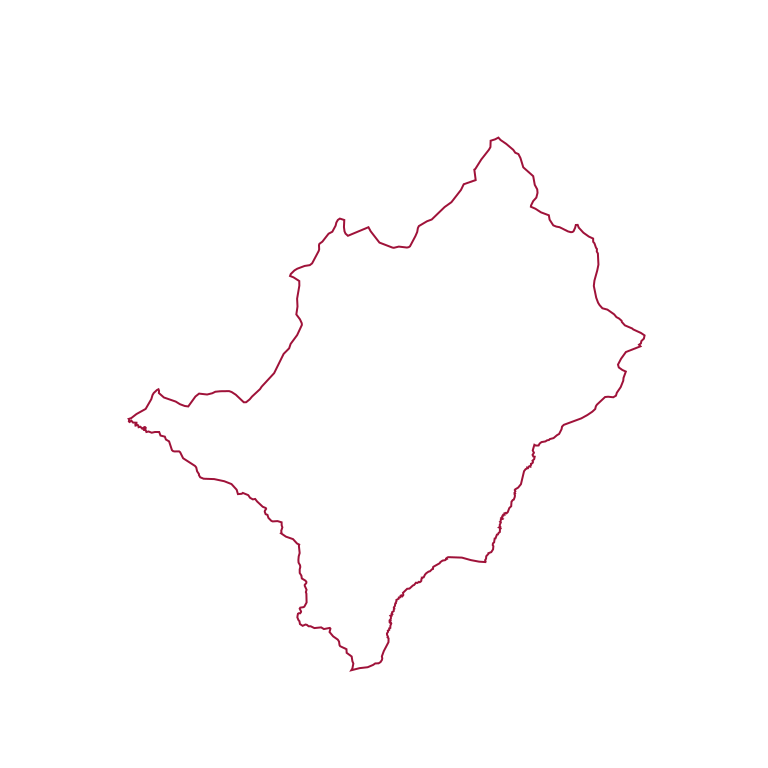 Mpwapwa, Dodoma, United Republic of Tanzania (Albers equal-area conic projection), rotated 26°
{"feature_id": "72390352B74757309381442", "entity_name": "Mpwapwa", "entity_type": "district", "adm_level": 2, "iso_a3": "TZA", "parent_name": "United Republic of Tanzania", "parent_adm1": "Dodoma", "projection": "albers", "projection_center": [36.387, -6.763], "detail": "fine", "context": "isolated", "style": "outline", "palette": "rose", "viewbox_px": 768, "rotation_deg": 26, "n_neighbors": 0, "source": "geoboundaries", "source_scale": "gbopen_adm2", "svg_char_len": 6165}
<svg xmlns="http://www.w3.org/2000/svg" viewBox="0 0 768 768"><g transform="rotate(26 384 384)"><path d="M183.6,487.6L182.6,488.9L181.0,493.0L180.8,495.4L181.5,499.6L180.7,510.9L174.7,519.5L171.8,525.4L169.9,527.3L170.6,527.6L171.1,529.5L172.0,529.7L173.0,527.7L175.3,528.7L178.5,527.3L178.8,527.9L178.3,529.5L178.9,530.3L180.5,528.9L181.2,528.9L182.4,530.4L183.8,529.2L186.1,530.1L187.6,527.7L188.4,527.5L189.1,527.9L187.9,530.3L188.4,530.6L190.0,529.9L191.5,531.3L193.2,529.9L196.6,529.6L199.1,527.6L203.0,525.7L205.7,528.3L210.1,527.4L212.3,529.5L216.0,529.8L222.4,536.4L223.9,536.8L225.4,536.4L229.3,534.4L230.7,534.7L236.0,538.8L250.1,540.5L251.8,541.3L254.3,544.4L257.2,546.1L257.6,547.0L259.7,548.4L263.4,548.2L273.1,543.9L283.1,541.4L290.8,540.8L297.9,543.6L301.0,547.0L304.3,545.0L304.8,543.8L310.7,543.4L313.5,545.0L316.7,545.2L318.6,543.8L321.4,545.2L328.8,547.5L332.1,547.3L332.8,547.9L332.5,550.1L332.8,551.1L334.7,552.9L336.6,552.7L338.8,555.0L342.7,556.4L344.2,556.3L348.4,553.9L352.6,553.2L354.0,555.9L355.5,557.4L356.0,561.0L357.1,562.6L356.8,563.3L362.8,564.2L370.2,563.3L375.8,565.5L378.2,565.5L378.4,566.7L382.3,572.9L382.9,576.3L384.2,579.7L385.5,582.0L388.0,583.7L389.0,585.2L389.5,587.6L391.1,590.8L393.7,592.4L395.4,594.8L399.7,595.2L401.1,596.0L401.4,597.1L400.8,599.2L401.2,600.1L404.6,602.9L405.0,605.3L406.1,606.4L410.2,614.3L410.0,619.0L409.4,619.9L406.8,621.7L406.7,622.9L409.2,624.8L409.4,625.6L409.1,626.9L408.0,627.3L407.4,628.2L407.8,629.8L408.4,631.7L410.5,633.6L412.0,634.3L413.7,636.6L416.9,637.0L418.9,634.6L420.3,634.3L422.4,634.8L424.3,633.9L428.4,633.9L434.2,630.3L437.4,630.6L442.2,627.0L443.1,627.4L443.8,630.8L448.9,633.1L454.5,634.0L456.5,635.2L458.5,638.2L459.6,638.9L466.5,638.8L468.3,642.0L474.4,643.1L477.1,647.0L479.0,648.7L480.3,653.6L480.1,655.6L486.6,650.1L493.5,645.7L497.4,641.2L498.6,639.0L501.6,637.4L502.8,635.4L503.1,632.8L502.7,631.3L501.5,629.8L500.9,624.1L501.2,614.1L499.6,610.6L498.3,610.2L498.3,609.4L496.7,608.1L496.0,606.9L496.3,604.9L495.6,604.0L496.5,602.7L495.8,601.4L496.6,600.5L495.7,598.5L495.5,596.0L495.0,595.6L494.3,596.0L493.7,595.8L493.8,595.0L493.2,594.8L493.5,593.8L492.7,593.7L493.1,592.0L492.2,590.0L491.4,589.5L492.4,588.8L492.0,588.3L492.4,587.5L491.6,587.2L491.8,586.3L491.3,585.6L492.3,583.9L491.5,581.9L491.8,581.4L490.8,580.5L491.1,578.6L490.4,576.8L490.8,575.9L490.3,575.3L490.5,574.1L489.8,572.7L491.3,570.5L490.9,569.4L492.2,568.5L491.7,567.0L492.3,566.3L493.5,566.8L493.9,565.5L493.3,564.1L493.7,563.8L493.1,563.9L492.6,563.4L494.6,557.9L496.6,556.7L498.3,552.4L499.2,551.4L499.8,548.6L501.2,548.2L502.1,546.5L503.0,546.5L503.6,545.5L503.8,544.6L503.1,542.8L503.6,541.4L503.2,541.2L504.4,540.3L504.4,537.4L504.9,535.6L506.3,533.1L507.4,532.2L508.4,529.4L509.1,528.7L508.4,527.1L508.6,526.5L512.6,520.7L512.7,519.5L514.0,517.1L516.2,515.5L516.7,514.4L516.4,513.9L517.1,513.5L516.6,513.1L517.1,512.0L518.0,511.3L530.1,505.9L539.3,504.2L547.3,502.0L553.2,499.6L553.1,498.9L552.1,498.0L552.3,496.3L551.4,494.0L552.3,490.9L552.0,490.3L554.1,488.1L554.5,484.8L553.4,481.8L552.4,481.2L551.9,479.9L551.9,479.0L552.4,478.1L551.2,474.4L551.9,473.9L551.5,469.9L552.3,469.3L552.3,467.6L553.0,466.2L551.8,463.6L552.1,462.9L551.2,462.7L551.3,462.0L550.3,462.3L550.7,461.2L549.8,460.0L549.7,457.3L548.8,457.0L549.1,456.4L548.3,454.3L549.4,453.5L548.4,453.0L548.9,452.6L548.4,452.5L548.3,450.5L548.9,450.1L548.5,449.3L549.7,448.6L548.9,447.5L550.0,446.4L550.8,446.5L551.4,445.0L551.0,440.6L551.9,438.1L550.2,433.9L550.6,431.8L551.3,431.0L551.1,428.6L550.7,427.0L549.7,425.9L549.9,425.0L549.0,424.7L549.1,422.8L548.0,422.0L548.1,421.2L550.0,418.3L551.0,414.0L548.1,401.0L548.6,398.5L549.8,396.9L549.5,396.5L550.3,396.4L550.2,394.9L550.8,394.2L551.8,394.1L551.4,393.2L551.7,392.3L551.1,391.3L552.1,390.1L552.1,388.7L551.1,387.9L551.9,385.7L551.3,383.3L550.0,383.7L548.6,382.6L548.9,380.1L546.8,378.5L545.8,372.7L547.4,372.8L549.9,371.5L550.0,369.3L551.0,367.2L554.3,364.8L555.2,363.2L556.8,362.0L557.2,360.8L560.1,358.3L561.9,354.2L563.3,352.1L563.4,346.8L562.7,344.2L563.5,341.9L576.4,328.4L580.4,322.7L583.4,317.5L584.8,313.9L584.2,311.2L584.4,309.3L588.4,298.8L591.0,297.2L595.9,295.4L597.6,292.8L597.1,289.8L598.1,283.1L597.6,276.2L596.6,273.5L595.9,266.8L592.1,266.9L587.8,266.2L585.8,264.0L586.0,257.3L587.4,249.2L598.0,237.7L596.0,236.9L597.1,234.9L596.5,232.6L597.7,229.3L596.9,226.1L592.7,225.5L584.1,225.7L582.7,225.3L574.8,225.7L570.6,224.0L569.8,223.0L566.5,222.1L563.6,222.0L560.3,220.5L552.2,219.2L547.1,220.2L543.2,218.6L540.8,217.1L536.9,213.4L529.6,203.9L527.8,198.8L525.9,188.5L524.4,182.7L519.0,172.9L517.2,171.7L516.2,169.3L514.8,168.6L511.5,165.3L509.7,164.5L508.2,161.6L503.5,161.7L496.9,160.6L490.5,158.1L488.3,156.1L486.7,157.0L487.3,159.8L487.4,163.6L486.8,164.7L485.5,165.6L482.5,166.2L473.1,166.1L469.8,167.0L466.6,167.2L460.8,163.7L458.2,160.1L449.8,160.9L443.2,160.1L438.3,160.3L437.9,159.1L437.9,154.2L439.2,149.7L438.2,144.9L436.4,141.9L432.2,138.9L427.0,131.8L414.2,128.2L407.6,121.1L404.0,118.4L400.6,118.6L397.6,116.9L388.6,114.6L381.8,113.6L378.8,112.4L376.6,115.4L373.2,118.6L375.8,124.4L375.6,127.5L373.0,139.6L371.8,150.8L371.2,151.7L377.0,160.5L368.1,169.5L368.1,175.8L364.9,191.0L360.9,198.4L354.8,215.2L351.3,218.9L346.1,226.8L346.1,229.0L347.2,232.8L347.4,237.3L347.0,248.9L346.2,250.2L344.8,251.3L337.1,254.0L333.1,257.3L331.7,257.7L317.9,258.9L305.1,252.6L301.3,249.9L286.6,266.6L283.5,265.7L281.6,264.1L279.2,260.5L276.4,254.0L271.8,254.7L270.6,256.8L270.4,259.8L271.1,262.9L270.8,269.8L268.3,273.2L266.2,283.1L264.5,286.3L264.7,287.7L266.7,291.4L267.0,293.1L266.5,307.1L265.2,309.7L260.9,312.7L255.5,318.4L253.7,321.2L252.0,326.0L252.2,328.1L255.9,327.8L262.7,328.6L264.8,332.7L268.5,345.4L272.3,352.3L274.7,359.9L280.1,362.7L283.4,365.4L284.3,366.9L284.5,378.1L282.5,388.9L283.1,393.5L280.6,400.9L280.5,422.4L275.2,440.0L274.8,443.0L270.9,453.1L270.0,456.7L268.1,460.8L266.0,461.9L255.5,458.6L250.6,458.0L247.9,458.3L240.0,462.3L235.8,464.9L233.7,467.6L229.6,471.0L222.0,473.7L220.0,477.9L217.9,490.0L214.6,491.1L209.5,491.6L204.5,491.1L192.1,492.6L185.6,490.8L184.8,488.7L183.6,487.6Z" fill="none" stroke="#9f1239" stroke-width="2"/></g></svg>